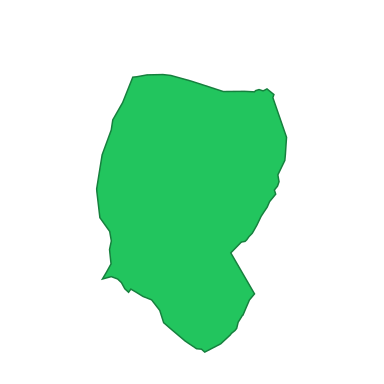 outline of San Pedro Topiltepec, Oaxaca, Mexico, rotated 34°
{"feature_id": "50627088B10817237938437", "entity_name": "San Pedro Topiltepec", "entity_type": "district", "adm_level": 2, "iso_a3": "MEX", "parent_name": "Mexico", "parent_adm1": "Oaxaca", "projection": "mercator", "projection_center": [-97.35, 17.457], "detail": "fine", "context": "isolated", "style": "filled", "palette": "green", "viewbox_px": 384, "rotation_deg": 34, "n_neighbors": 0, "source": "geoboundaries", "source_scale": "gbopen_adm2", "svg_char_len": 1181}
<svg xmlns="http://www.w3.org/2000/svg" viewBox="0 0 384 384"><g transform="rotate(34 192 192)"><path d="M303.7,288.9L303.7,287.3L305.1,282.7L305.3,280.1L303.1,274.2L302.8,265.9L303.1,265.6L301.4,256.9L300.5,252.0L300.0,249.5L300.0,249.2L300.8,241.5L258.2,220.8L260.8,206.4L261.2,205.6L263.6,203.3L264.1,201.1L264.2,197.0L265.0,192.6L264.9,190.5L264.6,186.8L264.3,183.1L262.9,173.6L262.8,168.7L262.8,167.9L262.8,162.5L261.7,156.6L262.6,147.0L259.2,144.3L259.6,139.3L258.4,134.8L253.6,129.8L251.3,113.9L248.4,108.6L243.5,100.2L239.8,93.8L218.8,78.0L206.3,68.6L205.4,65.4L196.5,64.6L194.7,68.0L193.8,68.6L190.3,69.6L188.1,72.3L187.7,74.1L179.4,79.1L172.1,84.1L161.8,91.2L129.4,100.5L109.3,107.2L102.2,110.9L89.2,120.1L84.9,124.3L81.7,127.4L78.7,129.9L84.5,156.6L86.0,176.5L90.4,185.8L96.7,211.4L111.2,242.7L113.0,245.0L130.0,264.8L145.8,270.7L152.5,277.7L155.8,285.8L165.1,296.9L165.9,305.8L166.4,314.2L172.4,307.3L179.0,305.7L184.2,306.6L190.4,309.8L195.5,310.6L195.6,306.7L201.7,306.3L209.8,306.0L218.8,304.0L231.5,308.2L241.6,316.2L249.7,317.2L269.7,319.4L283.4,319.4L287.8,317.0L292.1,317.6L300.7,301.8L303.7,288.9Z" fill="#22c55e" stroke="#15803d" stroke-width="1.5"/></g></svg>